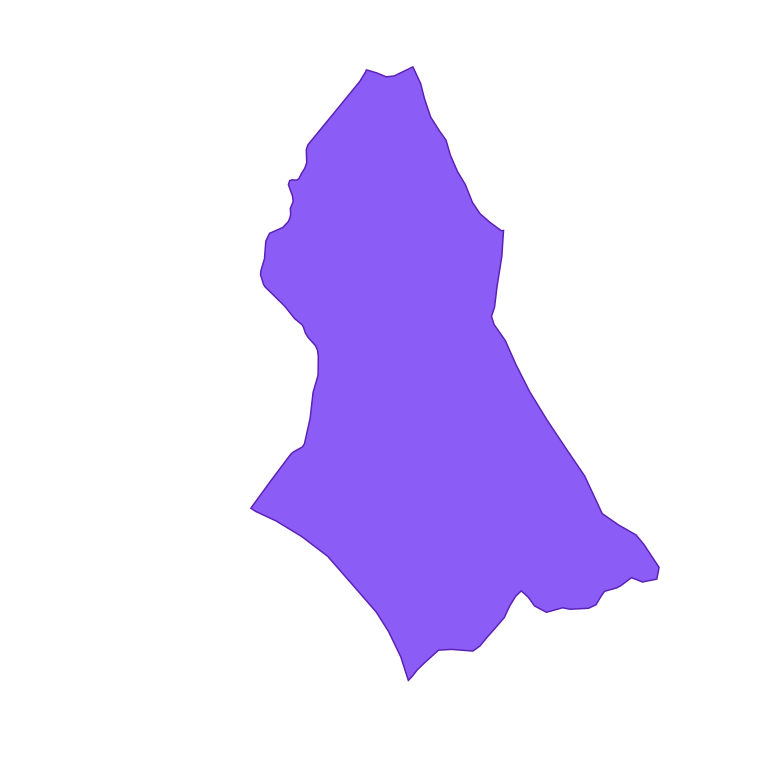 outline of Ghadamis, rotated 335°
{"feature_id": "LBY-2882", "entity_name": "Ghadamis", "entity_type": "Municipality", "adm_level": 1, "iso_a3": "LBY", "parent_name": "Libya", "parent_adm1": "", "projection": "mercator", "projection_center": [10.859, 30.473], "detail": "fine", "context": "isolated", "style": "filled", "palette": "violet", "viewbox_px": 768, "rotation_deg": 335, "n_neighbors": 0, "source": "natural_earth", "source_scale": "10m", "svg_char_len": 1654}
<svg xmlns="http://www.w3.org/2000/svg" viewBox="0 0 768 768"><g transform="rotate(335 384 384)"><path d="M391.6,162.4L394.1,161.6L398.5,158.1L403.2,155.1L407.4,150.9L412.6,138.8L416.2,135.0L456.2,115.8L490.0,99.5L499.1,93.4L500.7,91.9L501.6,92.5L509.3,99.4L515.8,106.5L523.3,109.1L544.2,108.8L544.2,127.0L541.3,142.4L539.1,161.7L541.2,178.0L543.3,189.2L540.9,204.5L540.4,222.5L542.0,237.7L540.9,256.8L543.0,270.2L548.4,282.4L555.0,294.5L557.2,295.4L544.8,318.0L527.4,343.8L516.8,360.9L510.0,368.1L508.9,376.6L512.3,395.9L511.8,422.4L512.8,452.9L516.6,486.1L521.9,520.6L527.0,552.2L527.0,593.7L537.2,611.2L548.7,627.4L551.8,639.7L555.8,666.4L555.5,666.8L553.2,670.1L548.8,676.1L534.6,672.7L526.4,664.1L513.2,666.9L508.6,667.1L496.3,665.1L491.4,667.9L482.7,673.7L474.5,673.7L457.3,666.7L451.3,662.3L434.7,659.5L426.6,648.7L424.6,638.0L420.9,629.5L413.5,632.1L404.1,638.3L401.7,640.3L394.5,646.4L382.9,651.7L371.4,656.7L360.2,662.0L351.7,663.6L333.1,653.1L321.0,648.3L315.0,650.1L303.3,653.7L293.2,657.2L286.3,660.8L280.8,662.9L283.9,638.2L283.5,610.1L280.6,587.5L270.4,551.9L260.1,516.3L244.9,487.4L228.3,462.5L221.5,454.4L213.8,445.2L210.8,440.3L241.0,423.6L269.9,408.2L273.7,407.2L283.2,406.6L286.5,404.7L302.6,383.8L316.2,361.6L328.0,348.1L336.0,331.5L338.0,325.4L338.1,320.4L334.9,309.8L334.3,304.4L335.0,298.6L334.8,295.8L330.7,287.2L326.8,271.2L317.1,245.3L316.9,242.7L318.3,232.8L320.3,229.3L328.6,220.0L337.3,204.5L344.0,199.1L358.5,199.3L365.6,196.5L367.7,194.8L369.6,192.9L371.2,190.6L373.3,185.3L378.8,180.2L380.5,175.1L381.6,162.9L384.5,159.8L386.9,160.1L389.2,161.4L391.6,162.4Z" fill="#8b5cf6" stroke="#5b21b6" stroke-width="1.5"/></g></svg>